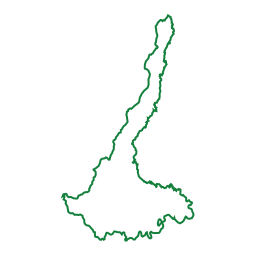 outline of Piamonte, Cauca, Colombia
{"feature_id": "7082276B2298083414171", "entity_name": "Piamonte", "entity_type": "district", "adm_level": 2, "iso_a3": "COL", "parent_name": "Colombia", "parent_adm1": "Cauca", "projection": "equal_earth", "projection_center": [-76.259, 1.273], "detail": "fine", "context": "isolated", "style": "outline", "palette": "green", "viewbox_px": 256, "rotation_deg": 0, "n_neighbors": 0, "source": "geoboundaries", "source_scale": "gbopen_adm2", "svg_char_len": 5929}
<svg xmlns="http://www.w3.org/2000/svg" viewBox="0 0 256 256"><path d="M160.5,20.0L157.9,22.5L156.8,24.9L155.7,26.2L155.7,27.5L156.2,28.9L156.1,30.0L156.6,33.1L157.2,34.6L157.3,35.9L156.2,39.5L156.0,42.1L155.3,43.2L155.3,44.0L155.7,45.2L157.5,46.5L157.6,47.4L157.1,48.2L155.9,48.4L155.2,49.8L153.9,51.3L152.8,53.5L151.8,53.8L151.1,54.7L150.0,54.5L149.3,55.0L148.4,58.4L145.9,61.3L144.9,64.4L144.7,67.9L144.9,68.6L147.2,69.5L148.3,70.5L149.9,74.1L149.5,76.6L148.5,79.1L148.6,84.5L148.2,86.2L147.6,87.7L144.0,90.9L141.8,93.7L139.7,98.0L139.2,101.5L138.5,102.8L134.4,105.9L131.4,108.8L130.5,108.4L128.6,109.3L128.4,109.5L128.0,111.2L126.9,111.7L126.7,113.7L126.3,114.5L126.9,116.7L127.6,121.9L125.5,124.8L123.7,126.2L122.8,127.4L122.0,129.2L120.9,130.0L120.7,132.5L119.0,132.9L117.8,135.1L116.1,137.1L115.4,139.3L113.6,140.4L113.2,141.9L114.4,144.3L113.8,146.1L113.8,149.1L112.5,151.7L112.1,153.2L110.7,155.2L109.6,159.6L108.8,159.7L107.1,157.9L105.8,157.4L104.9,158.3L102.0,158.8L100.8,159.7L100.5,160.4L100.1,162.4L98.8,165.8L95.7,168.3L93.5,169.5L93.6,170.0L95.2,171.2L95.7,172.1L95.7,174.9L94.9,176.8L94.3,176.9L93.6,177.7L93.7,179.9L92.3,181.7L92.2,183.9L90.3,186.2L89.9,187.7L89.2,188.7L89.4,190.2L88.7,191.4L87.4,192.1L85.1,192.2L83.6,192.9L82.1,194.5L81.0,194.5L79.7,195.4L78.7,195.5L78.4,195.9L77.6,198.1L76.9,198.6L73.9,198.4L70.8,197.0L68.4,197.1L67.1,195.5L66.5,194.1L66.0,193.8L63.4,194.3L62.6,196.3L64.4,195.3L64.4,197.2L63.6,199.4L65.8,200.8L66.0,202.3L65.6,203.0L65.7,203.6L67.4,206.5L68.2,211.4L68.6,212.2L70.7,213.4L72.6,213.1L74.7,214.9L75.7,214.6L78.6,215.0L80.3,214.5L82.3,215.6L82.6,215.9L82.6,217.1L84.2,219.8L84.4,222.8L84.9,223.8L86.5,225.3L88.5,225.6L89.5,226.2L92.1,229.3L92.7,229.7L93.5,231.8L95.0,232.3L94.8,233.5L95.1,236.5L96.1,237.0L97.5,236.9L100.1,239.7L101.1,239.8L101.6,239.1L102.3,238.7L102.9,238.9L103.7,239.7L104.6,239.1L104.6,237.0L105.7,235.4L106.0,233.7L106.6,232.8L107.7,232.8L110.3,234.5L111.5,234.5L112.6,233.9L114.1,231.6L114.9,231.4L117.4,232.2L119.3,232.2L120.4,232.6L121.8,234.4L122.4,233.1L123.2,232.4L124.3,232.6L124.9,235.4L126.2,236.9L126.1,237.9L125.3,238.9L125.1,239.7L125.4,240.4L126.0,240.6L126.7,240.4L127.6,239.2L130.4,237.9L132.0,238.2L133.8,239.6L135.0,239.4L136.0,237.8L138.2,235.9L139.0,232.3L140.0,231.5L140.7,232.0L141.2,233.0L141.6,235.9L142.5,236.6L145.0,235.2L146.2,232.6L146.9,232.3L147.4,234.9L148.3,236.8L149.5,238.2L150.7,238.3L151.3,237.8L151.4,237.0L151.0,235.3L150.1,233.9L150.0,232.9L150.5,232.1L151.1,231.8L152.4,232.8L155.0,233.1L158.9,232.9L159.6,232.3L161.1,229.2L162.7,228.0L163.2,226.4L163.2,225.3L162.9,224.3L162.1,223.4L160.8,223.3L159.0,225.6L158.1,225.2L157.8,223.7L158.5,220.3L159.3,219.3L159.8,219.2L160.4,219.6L162.1,222.1L162.6,222.1L164.7,220.9L165.0,220.2L164.9,219.5L164.1,217.7L164.5,216.3L167.9,214.8L169.0,214.9L173.1,219.0L173.7,218.9L174.3,217.7L174.7,219.2L177.9,222.4L180.0,223.3L182.4,222.0L183.5,220.9L185.7,216.6L186.4,216.9L187.4,218.4L189.3,218.8L191.9,218.1L193.4,215.5L193.3,213.4L192.5,212.0L191.7,209.4L191.0,208.8L189.0,208.2L188.5,207.7L188.4,206.4L188.7,205.7L189.7,204.9L190.7,205.0L191.1,204.1L191.9,203.4L191.8,202.4L190.1,201.7L188.9,200.2L187.1,201.4L186.4,201.1L186.1,200.1L186.2,198.1L185.9,197.5L184.7,196.7L183.1,195.0L182.4,195.5L180.3,194.3L180.5,189.6L179.0,189.0L178.5,189.7L178.0,189.3L176.6,189.9L176.3,190.8L175.3,190.0L175.3,188.9L174.9,188.6L174.5,189.8L174.0,190.0L174.1,188.4L172.7,188.3L172.9,186.6L172.5,186.2L171.8,186.3L171.8,184.8L170.9,184.1L170.0,184.8L170.1,186.9L169.5,187.5L169.2,187.3L168.7,186.0L167.8,185.9L166.9,186.3L166.0,187.8L164.5,188.1L162.7,186.8L161.5,187.3L161.0,186.1L160.4,186.0L160.1,185.1L159.2,184.2L156.6,184.0L156.3,184.8L156.7,186.5L156.2,186.9L155.3,185.1L154.6,185.0L154.2,184.4L153.3,184.1L152.7,183.2L151.7,183.6L151.6,182.3L151.3,181.8L150.7,182.0L150.0,181.5L149.8,182.2L150.0,182.9L148.5,182.2L147.2,183.1L146.3,182.8L145.8,182.0L144.2,181.8L143.9,181.5L143.8,180.7L142.8,180.3L140.9,178.4L140.5,178.3L138.8,176.3L137.8,172.3L138.0,169.9L137.0,169.1L137.2,166.3L136.9,165.3L137.6,164.8L137.6,164.4L136.7,164.5L136.8,163.8L135.9,162.9L135.6,161.6L135.0,161.6L133.6,162.9L132.9,162.5L135.0,159.6L134.0,158.8L133.6,157.4L133.8,156.4L136.1,154.1L136.4,152.0L136.3,150.6L135.5,149.9L135.5,148.4L133.9,146.7L133.2,144.7L132.0,143.9L132.1,143.5L132.8,143.6L133.0,142.3L132.8,141.1L133.8,139.9L135.1,139.6L135.6,138.6L135.4,137.9L136.8,136.4L137.5,136.2L138.0,133.9L138.5,133.5L138.8,132.4L139.8,131.0L142.0,130.3L142.2,129.5L144.4,127.0L145.3,127.6L145.9,127.0L146.0,125.0L146.8,123.9L147.1,122.9L146.3,122.3L147.4,121.3L148.5,120.8L147.7,119.8L148.1,118.6L147.9,117.9L148.6,118.1L149.5,117.4L149.9,116.4L151.6,115.5L152.2,114.4L152.4,112.6L153.7,111.3L153.6,110.0L154.2,110.6L156.4,111.1L156.3,110.1L155.6,109.8L156.1,109.5L156.1,108.5L156.5,107.6L155.0,107.0L155.0,105.7L154.1,104.8L154.7,103.2L155.3,103.5L156.3,102.4L157.1,102.4L157.3,101.3L158.0,100.5L158.2,99.6L159.3,99.0L159.7,96.0L159.5,94.0L160.4,91.1L159.7,88.0L160.4,86.2L160.0,81.5L161.2,80.4L161.3,79.1L160.2,78.2L160.3,77.0L159.6,76.2L160.1,75.4L159.9,74.6L160.3,74.5L160.6,75.5L161.5,74.5L162.1,75.0L163.0,73.3L162.9,72.2L164.3,68.2L164.0,67.5L165.1,66.8L165.6,65.6L166.6,64.3L166.1,63.5L165.9,61.2L165.4,61.0L164.9,61.5L164.7,61.2L164.3,61.8L163.8,61.3L164.4,57.6L164.3,55.5L165.0,53.9L164.9,53.0L164.4,52.6L164.9,52.1L164.5,51.7L164.5,51.0L166.1,47.9L166.6,47.5L167.8,43.8L168.2,43.3L168.7,43.7L169.8,43.3L169.8,42.6L169.2,41.8L170.6,39.7L170.7,37.9L172.7,34.8L173.6,34.0L173.6,33.2L173.0,32.6L173.1,31.9L174.0,31.0L173.7,29.3L173.0,29.0L172.9,28.4L172.0,28.2L171.8,27.6L172.2,27.1L171.9,26.0L172.0,25.1L172.3,24.8L172.7,25.0L172.9,24.6L172.1,23.0L171.6,22.8L171.8,21.4L171.4,20.4L171.5,19.9L171.2,19.6L171.2,18.7L170.4,17.7L170.5,17.1L170.0,17.1L169.4,16.3L168.0,15.4L167.1,17.4L166.0,18.4L164.7,20.5L163.5,20.1L162.5,21.1L161.3,20.0L160.5,20.0Z" fill="none" stroke="#15803d" stroke-width="2"/></svg>